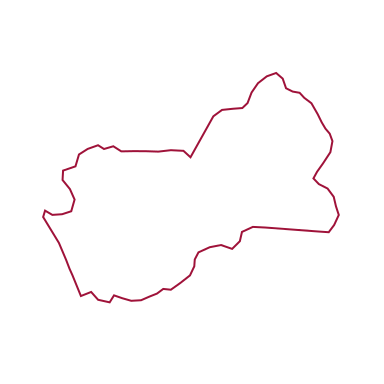 outline of Bom Jesus do Oeste, Santa Catarina, Brazil, rotated 72°
{"feature_id": "56859067B58988295597686", "entity_name": "Bom Jesus do Oeste", "entity_type": "district", "adm_level": 2, "iso_a3": "BRA", "parent_name": "Brazil", "parent_adm1": "Santa Catarina", "projection": "robinson", "projection_center": [-53.096, -26.684], "detail": "fine", "context": "isolated", "style": "outline", "palette": "rose", "viewbox_px": 384, "rotation_deg": 72, "n_neighbors": 0, "source": "geoboundaries", "source_scale": "gbopen_adm2", "svg_char_len": 1134}
<svg xmlns="http://www.w3.org/2000/svg" viewBox="0 0 384 384"><g transform="rotate(72 192 192)"><path d="M268.6,84.1L272.5,74.4L267.3,67.0L259.2,59.5L250.0,59.5L240.4,58.7L230.6,62.0L223.7,68.9L216.6,72.3L211.4,66.8L205.4,58.7L196.9,48.1L187.0,42.7L179.1,43.0L173.0,45.5L165.9,47.1L156.9,48.4L144.5,51.0L137.2,56.1L130.9,59.0L127.6,65.2L122.4,70.5L112.2,70.7L104.8,75.2L105.1,85.1L108.9,95.6L115.8,104.6L124.6,111.7L127.7,118.2L125.5,127.3L123.2,138.1L126.6,148.3L158.5,182.7L150.2,187.4L145.7,199.2L143.2,211.5L138.9,223.4L135.1,234.9L131.5,246.7L124.2,252.7L123.9,262.4L118.5,266.9L118.8,277.9L121.4,287.9L131.6,294.9L131.8,308.0L140.6,311.4L151.5,307.2L162.9,306.0L173.0,312.8L173.0,322.4L170.6,331.9L164.3,337.5L169.8,341.3L199.3,334.3L217.7,332.7L227.1,332.2L234.5,331.4L256.6,329.8L255.9,318.8L265.5,314.6L271.5,304.4L266.2,298.1L271.5,291.1L276.7,283.4L279.2,273.9L278.3,264.5L277.8,256.7L275.3,249.3L278.4,242.3L274.9,231.2L270.7,219.7L263.4,212.8L257.0,210.2L251.4,204.5L250.0,192.2L251.4,180.8L258.5,171.4L253.6,161.7L245.4,156.8L244.0,144.9L248.5,133.1L268.6,84.1Z" fill="none" stroke="#9f1239" stroke-width="2"/></g></svg>